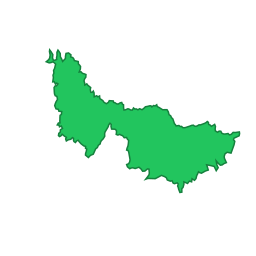 outline of Sertão, Rio Grande do Sul, Brazil, rotated 25°
{"feature_id": "56859067B36736749434356", "entity_name": "Sertão", "entity_type": "district", "adm_level": 2, "iso_a3": "BRA", "parent_name": "Brazil", "parent_adm1": "Rio Grande do Sul", "projection": "equal_earth", "projection_center": [-52.342, -28.013], "detail": "fine", "context": "isolated", "style": "filled", "palette": "green", "viewbox_px": 256, "rotation_deg": 25, "n_neighbors": 0, "source": "geoboundaries", "source_scale": "gbopen_adm2", "svg_char_len": 4017}
<svg xmlns="http://www.w3.org/2000/svg" viewBox="0 0 256 256"><g transform="rotate(25 128 128)"><path d="M230.6,84.5L229.2,85.4L227.4,86.6L225.1,87.6L224.3,90.1L222.8,91.4L221.0,90.7L219.1,92.1L217.3,93.0L215.2,93.1L213.5,91.7L211.9,92.3L211.0,94.0L208.4,93.7L207.4,92.1L206.6,89.6L205.0,88.1L204.1,89.5L202.8,91.3L201.4,90.6L199.6,90.7L198.5,88.9L197.1,88.6L196.5,90.1L195.4,91.5L193.7,93.2L192.3,94.6L191.0,95.1L190.0,96.6L189.0,97.7L187.5,98.2L186.1,97.8L184.6,98.7L183.2,100.2L181.6,101.7L180.0,103.2L178.7,104.1L177.4,104.5L175.9,103.9L174.6,104.6L173.1,104.2L170.7,105.8L169.5,104.9L168.3,104.5L164.8,100.8L163.0,100.2L161.5,98.9L159.6,98.6L157.7,96.3L155.6,94.9L151.7,96.8L147.7,96.3L145.4,96.2L144.2,94.8L143.2,96.6L141.7,96.8L140.7,98.8L139.4,98.2L138.2,98.8L136.5,100.2L134.8,101.4L134.2,103.1L133.0,105.5L130.4,105.6L129.3,107.3L127.5,107.2L126.2,107.9L124.5,107.5L124.4,109.8L122.9,110.6L121.1,110.4L119.8,110.6L117.9,112.7L116.7,113.4L115.5,111.6L114.1,108.8L112.9,108.8L111.5,107.5L110.3,108.4L109.0,110.5L107.3,110.9L105.5,110.6L104.1,110.9L103.2,109.7L99.5,111.1L99.4,113.1L98.1,115.1L95.4,114.9L93.6,113.8L91.9,113.5L90.1,113.3L88.7,111.0L87.5,112.5L86.0,112.0L84.2,114.0L82.3,110.4L80.9,109.2L80.6,110.7L79.2,111.4L77.6,109.2L77.1,107.1L75.1,106.6L73.4,106.2L72.0,105.4L70.7,107.3L69.5,105.3L68.2,103.9L67.9,101.7L68.3,99.8L67.3,97.3L65.6,97.4L63.6,97.7L61.6,96.9L60.1,97.9L59.9,94.7L59.0,92.3L57.6,91.5L56.1,91.0L54.8,88.8L52.3,89.3L50.9,89.6L49.7,88.3L48.2,87.5L46.0,87.8L45.4,85.8L42.4,85.1L40.3,86.6L41.0,89.4L41.9,91.5L40.6,95.3L38.7,93.5L36.6,92.0L35.1,89.1L32.8,87.6L31.6,87.0L31.6,89.4L33.0,92.3L33.6,94.7L34.4,96.0L33.1,97.5L31.7,98.1L30.0,96.4L28.9,93.3L25.9,91.3L24.0,90.3L24.5,91.9L25.6,93.4L26.6,94.8L27.4,97.6L27.3,99.4L25.9,102.5L27.6,102.4L29.0,102.3L30.4,101.4L32.1,99.7L33.8,100.1L35.4,100.7L35.9,103.1L36.3,105.2L36.2,107.3L37.6,109.5L37.7,111.8L39.1,113.9L40.3,118.0L41.6,117.2L43.7,118.9L44.4,117.4L45.9,117.6L45.4,120.0L44.2,120.6L43.9,122.6L46.0,126.5L47.0,128.2L48.4,129.5L50.2,129.4L52.0,131.8L51.7,134.7L51.8,136.6L52.1,138.7L54.7,141.1L56.9,140.5L58.3,142.0L61.0,141.1L61.9,143.9L61.1,145.2L61.9,147.3L62.6,148.8L63.2,150.4L64.2,152.1L62.8,152.9L62.6,155.1L64.4,154.6L65.4,155.9L66.7,154.4L68.8,156.1L67.5,158.2L68.3,160.5L67.5,162.1L68.2,164.3L69.6,164.7L70.6,163.3L70.9,161.5L74.1,162.3L76.1,162.5L76.1,164.3L77.6,165.8L78.9,163.9L80.9,162.4L81.7,160.2L83.0,160.4L83.6,161.9L84.7,163.1L86.5,163.4L86.9,161.4L88.0,160.2L89.7,161.1L92.0,162.1L95.5,162.9L97.4,162.6L98.0,164.3L99.5,164.5L100.1,167.0L100.3,168.9L100.9,170.5L104.6,171.5L105.5,168.7L107.6,166.4L107.5,160.5L108.5,158.7L108.4,156.2L109.5,154.2L109.1,152.5L109.2,150.8L110.1,148.3L110.4,145.3L109.2,143.0L108.9,141.4L109.5,135.2L109.2,133.4L109.6,131.3L111.3,131.9L111.9,133.7L113.6,135.9L116.7,134.6L118.5,135.1L119.4,136.8L120.0,138.8L121.8,138.7L123.3,137.2L124.7,137.4L126.3,137.2L128.7,138.4L130.7,137.2L132.2,138.4L133.8,139.0L134.8,141.7L135.5,144.0L135.7,146.8L136.1,148.6L137.5,148.3L138.9,149.6L143.3,155.9L143.8,158.0L143.7,160.1L142.2,161.7L143.9,163.4L146.8,164.2L147.7,163.0L149.2,162.0L151.6,161.7L154.5,158.9L157.3,159.7L159.5,161.0L161.5,159.9L162.9,156.9L164.4,156.4L166.4,159.9L166.8,161.5L166.4,163.9L165.7,166.9L167.3,165.3L174.1,162.4L176.7,159.0L178.3,156.8L181.6,156.6L183.7,156.8L185.6,158.5L188.8,158.3L190.2,157.2L192.3,158.9L193.7,158.8L195.8,156.9L197.2,157.5L197.5,159.6L198.7,160.7L199.8,162.1L202.3,164.5L203.9,163.4L202.4,160.2L203.0,158.7L202.5,155.5L201.4,153.2L205.4,153.1L206.1,150.2L208.4,149.9L207.5,146.9L210.4,147.3L211.0,145.1L210.4,142.1L210.5,140.2L210.4,137.9L211.9,138.2L213.7,137.9L216.3,134.3L218.5,132.2L216.7,130.1L214.8,128.1L218.5,127.2L222.3,126.4L226.0,129.4L226.5,125.9L224.0,123.7L221.8,120.5L225.0,122.0L227.4,122.7L228.9,121.7L230.1,119.6L231.8,117.8L228.3,114.8L227.3,113.4L226.8,110.6L228.1,108.1L232.0,107.2L231.2,98.5L230.4,94.9L228.6,94.1L228.3,92.5L232.0,88.1L231.5,85.9L230.6,84.5Z" fill="#22c55e" stroke="#15803d" stroke-width="1.5"/></g></svg>